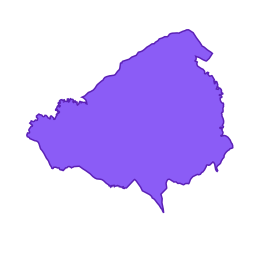 outline of Phu Kradueng, Loei, Thailand, rotated 172°
{"feature_id": "78962969B77049388444937", "entity_name": "Phu Kradueng", "entity_type": "district", "adm_level": 2, "iso_a3": "THA", "parent_name": "Thailand", "parent_adm1": "Loei", "projection": "natural_earth1", "projection_center": [101.891, 16.902], "detail": "fine", "context": "isolated", "style": "filled", "palette": "violet", "viewbox_px": 256, "rotation_deg": 172, "n_neighbors": 0, "source": "geoboundaries", "source_scale": "gbopen_adm2", "svg_char_len": 5781}
<svg xmlns="http://www.w3.org/2000/svg" viewBox="0 0 256 256"><g transform="rotate(172 128 128)"><path d="M208.4,152.1L209.2,151.1L210.3,151.0L211.1,151.6L211.3,152.4L212.5,153.2L213.3,153.3L214.1,154.1L214.4,154.2L217.0,152.6L217.1,151.3L216.3,150.4L216.1,150.0L216.7,148.4L217.3,148.2L218.6,148.8L219.7,147.8L220.6,147.5L221.4,147.7L222.8,148.5L223.5,147.3L224.6,146.5L223.3,145.0L223.1,145.1L222.3,144.0L222.3,143.6L222.6,143.1L223.2,142.9L223.6,143.1L224.0,142.8L226.3,140.3L226.5,139.5L226.0,137.8L226.3,136.9L226.7,136.8L228.1,137.1L228.5,136.6L228.6,135.9L229.1,135.4L229.2,134.7L228.9,133.4L227.5,132.6L227.0,132.1L226.7,131.2L222.3,128.5L220.3,127.8L218.8,126.3L218.3,124.6L217.5,119.6L216.2,117.6L214.8,114.7L213.0,109.5L211.4,106.6L210.4,102.5L209.2,99.9L209.0,98.7L208.1,98.3L207.7,98.5L207.0,99.4L204.9,99.2L203.3,98.2L201.9,98.1L201.5,96.8L201.0,96.1L199.6,95.7L199.3,95.8L199.1,95.3L198.1,94.9L197.8,95.0L197.0,95.9L196.4,96.2L195.4,97.2L194.1,97.1L193.0,97.9L192.0,98.1L191.4,98.0L190.7,97.4L190.4,97.4L189.6,96.4L189.0,96.8L188.3,96.7L187.0,97.3L181.5,96.9L178.3,93.8L175.9,91.8L171.8,87.9L169.6,84.9L167.5,82.9L165.8,81.9L162.7,81.2L160.8,80.4L159.4,79.1L157.4,76.5L155.0,74.3L154.9,73.5L154.5,73.3L154.1,73.5L153.8,72.7L153.7,73.0L153.4,72.7L153.4,72.9L152.6,73.1L152.7,72.7L152.3,73.0L152.1,72.7L152.4,72.4L152.1,72.3L151.5,73.2L151.0,73.0L150.3,73.2L149.8,73.1L150.0,72.8L149.8,72.1L149.6,72.4L149.2,72.1L147.3,72.3L147.0,72.1L146.7,72.5L146.3,72.5L144.9,71.7L144.9,71.1L144.5,71.0L144.4,71.2L144.1,70.9L143.8,71.0L143.5,70.6L142.2,70.3L141.2,70.4L141.7,69.5L140.9,68.9L140.1,68.7L140.0,69.1L137.8,68.9L129.2,75.8L128.5,76.1L127.2,74.4L123.8,67.8L122.5,63.8L115.8,59.0L114.2,57.1L113.7,55.3L112.6,54.6L111.5,53.3L109.3,49.4L107.9,47.2L106.4,43.7L105.6,42.7L105.4,41.2L104.5,39.0L104.4,42.6L104.8,49.3L104.0,53.3L104.6,57.9L98.2,62.8L98.0,63.5L98.0,68.0L96.9,70.2L95.8,71.4L94.4,71.6L93.1,70.8L92.0,69.7L91.1,69.2L90.3,68.2L87.9,67.9L86.4,66.2L84.2,66.0L81.1,64.1L80.4,64.2L78.8,65.0L76.9,64.8L75.7,64.4L75.1,65.0L73.4,68.2L72.5,69.2L70.6,70.8L66.1,72.3L65.3,72.3L64.5,71.8L62.8,72.1L61.2,73.7L60.0,74.1L58.1,75.9L55.8,79.1L55.6,79.9L55.4,80.2L54.6,80.4L53.3,79.9L52.1,80.0L48.7,82.5L48.0,82.1L47.2,80.2L47.0,74.8L46.4,73.2L45.8,72.6L45.1,73.3L45.8,75.8L45.8,76.3L45.4,77.2L44.4,78.2L42.2,79.5L41.2,80.4L39.9,82.8L39.2,83.4L38.5,84.4L37.3,85.3L36.9,86.0L36.7,87.4L35.3,89.3L33.8,90.7L32.0,91.9L31.0,92.2L29.8,93.3L27.9,93.5L27.0,93.9L26.8,96.2L27.1,97.8L27.8,99.1L28.5,101.8L30.2,104.8L31.7,106.2L33.3,107.1L35.7,107.1L36.6,106.9L36.9,107.0L37.1,107.4L37.0,107.6L36.1,107.8L35.2,108.5L34.5,110.5L35.2,112.4L35.0,113.5L36.1,114.6L36.9,114.9L37.0,115.5L36.6,115.8L35.6,115.8L35.2,115.5L35.0,115.0L34.6,114.7L33.7,115.2L33.3,116.2L34.2,117.5L32.7,119.5L32.3,121.6L32.5,123.8L33.3,126.9L33.1,128.4L33.4,129.4L32.7,130.5L32.0,130.5L31.5,131.4L31.3,134.3L30.3,136.3L30.4,137.3L30.1,137.8L30.1,138.9L30.2,139.3L31.1,139.3L31.4,139.9L32.1,140.7L32.5,141.7L32.7,142.9L32.6,144.8L32.1,145.1L31.0,145.2L30.7,145.7L30.7,146.1L31.2,147.1L32.8,147.5L33.0,147.8L32.8,148.2L32.5,148.3L31.5,148.1L30.7,148.5L29.6,148.4L29.3,148.6L29.5,149.4L30.1,149.5L30.5,150.1L30.2,152.4L30.5,153.4L31.6,154.8L32.6,154.7L33.3,153.7L34.7,154.1L35.1,154.4L34.4,155.1L34.3,155.9L34.0,156.4L33.8,156.4L33.4,156.0L33.1,156.1L33.6,156.9L33.1,158.3L33.6,161.3L34.2,161.8L34.9,162.0L35.1,160.6L35.9,159.8L36.2,159.9L36.4,162.9L35.8,163.8L37.5,168.0L37.9,168.2L39.8,167.9L40.2,168.2L41.4,170.2L41.3,170.5L40.7,171.0L40.5,171.5L41.3,172.1L41.8,172.0L43.6,170.9L44.5,171.2L44.6,171.6L44.3,172.5L44.3,173.6L45.5,175.6L47.5,177.0L50.5,179.7L51.0,181.9L50.2,183.7L50.9,184.4L51.8,184.5L52.2,184.9L52.1,185.6L51.2,186.2L50.9,186.9L50.7,188.8L50.9,189.5L47.7,187.9L44.5,185.4L43.0,184.4L41.4,183.5L40.9,183.5L37.9,185.6L34.0,190.1L35.5,191.7L38.5,194.3L40.8,196.9L41.9,198.0L43.1,198.6L44.9,202.7L47.7,207.8L50.2,213.3L53.8,216.4L54.7,216.9L56.7,217.0L57.4,216.6L60.9,216.0L61.7,215.6L63.0,215.4L64.2,214.8L66.0,215.3L70.8,215.7L72.3,215.6L73.9,215.1L75.2,213.7L76.2,212.9L79.0,213.3L81.5,212.4L84.6,211.9L86.2,210.3L89.0,209.1L90.2,207.9L92.7,207.9L95.2,206.6L98.1,205.4L101.0,203.4L102.9,202.4L104.6,201.9L107.2,201.6L109.7,198.8L114.4,197.7L117.2,196.0L124.0,194.8L124.6,194.3L125.1,193.3L126.0,193.4L126.4,193.2L127.7,188.6L128.4,187.1L130.4,185.6L133.3,182.6L134.6,182.2L139.2,182.2L142.1,181.8L143.8,181.3L145.0,180.3L146.1,178.9L147.6,178.2L151.9,175.5L152.9,174.7L154.8,172.4L156.9,170.5L159.8,169.3L162.3,168.7L166.3,165.8L169.3,164.9L168.0,164.2L165.9,161.7L165.5,160.0L165.4,157.6L166.2,158.0L166.9,159.4L169.1,159.6L169.8,160.1L170.9,159.5L171.0,159.8L171.0,160.6L171.9,161.0L172.6,160.3L173.5,158.6L174.0,158.5L174.5,157.9L174.9,157.8L175.2,159.2L174.8,160.5L174.9,160.8L175.5,161.0L176.6,160.8L176.7,161.1L176.4,161.9L176.7,162.3L177.3,162.0L178.4,160.9L178.9,161.6L178.3,163.1L178.4,163.6L178.7,164.0L180.3,164.3L180.8,165.0L181.4,164.7L182.0,163.0L183.0,162.0L183.4,162.1L183.7,162.7L182.9,164.6L183.2,165.2L184.0,165.1L184.4,163.4L185.0,162.8L186.6,163.2L187.7,163.0L187.0,164.3L187.2,164.8L189.1,164.4L189.5,165.3L190.9,165.2L192.0,164.4L191.6,163.2L191.7,162.1L192.4,162.0L192.6,162.8L193.0,163.0L193.7,162.4L193.3,160.5L192.1,159.6L192.3,158.9L192.8,158.4L193.1,158.4L193.4,158.7L193.5,159.9L194.2,159.9L195.0,159.2L196.0,157.4L196.9,156.6L197.2,156.0L197.1,155.6L196.4,155.4L195.9,156.0L195.5,156.0L195.0,155.1L195.5,153.7L195.2,153.5L194.0,154.0L193.7,153.7L193.8,153.0L194.9,152.2L196.6,151.8L196.9,151.4L196.6,151.2L196.5,150.7L197.1,150.3L199.2,146.9L199.9,146.8L200.2,146.9L200.2,148.1L202.2,150.6L202.8,150.6L203.2,150.3L203.7,148.9L203.7,148.1L204.0,147.9L204.8,148.7L205.7,149.1L206.4,150.6L207.3,151.8L208.4,152.1Z" fill="#8b5cf6" stroke="#5b21b6" stroke-width="1.5"/></g></svg>